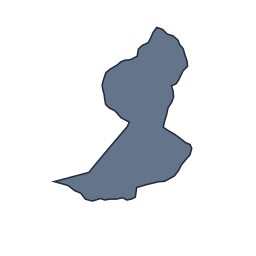 the district of Campestre, Alagoas, Brazil, rotated 235°
{"feature_id": "56859067B46779863168741", "entity_name": "Campestre", "entity_type": "district", "adm_level": 2, "iso_a3": "BRA", "parent_name": "Brazil", "parent_adm1": "Alagoas", "projection": "orthographic", "projection_center": [-35.539, -8.885], "detail": "fine", "context": "isolated", "style": "filled", "palette": "slate", "viewbox_px": 256, "rotation_deg": 235, "n_neighbors": 0, "source": "geoboundaries", "source_scale": "gbopen_adm2", "svg_char_len": 1075}
<svg xmlns="http://www.w3.org/2000/svg" viewBox="0 0 256 256"><g transform="rotate(235 128 128)"><path d="M82.2,67.9L80.4,71.9L76.3,77.9L73.9,83.6L69.7,85.7L67.8,90.1L67.1,94.3L74.3,101.0L72.6,106.0L70.2,112.7L66.4,122.2L63.3,127.5L62.1,138.4L64.0,144.6L67.1,150.6L68.9,156.8L70.4,163.3L74.7,168.5L78.9,169.4L82.9,166.8L87.8,165.4L95.5,162.8L103.2,159.3L108.3,157.3L112.6,161.9L116.6,167.1L121.5,172.3L123.9,178.3L127.3,183.2L132.4,186.1L137.6,187.9L136.6,192.5L138.0,196.5L143.3,206.0L144.4,212.2L148.8,214.7L155.6,216.7L161.5,218.7L166.8,218.2L171.2,219.3L177.6,217.8L182.3,214.1L188.9,212.9L193.9,209.3L192.0,203.6L188.4,197.6L186.3,193.4L187.5,186.9L186.7,181.8L181.5,176.6L182.6,169.2L185.4,164.1L186.3,160.1L185.8,155.2L186.5,147.7L186.0,141.5L181.0,134.9L177.9,131.3L173.1,129.1L169.2,127.7L164.3,125.1L160.1,123.2L154.8,124.2L149.9,127.1L140.4,128.2L132.0,132.4L129.5,128.0L128.2,122.9L120.3,92.9L114.1,70.4L126.5,36.7L120.4,41.8L115.3,45.9L107.4,48.3L101.7,51.9L94.1,52.3L88.5,57.0L86.1,64.8L82.2,67.9Z" fill="#64748b" stroke="#1e293b" stroke-width="1.5"/></g></svg>